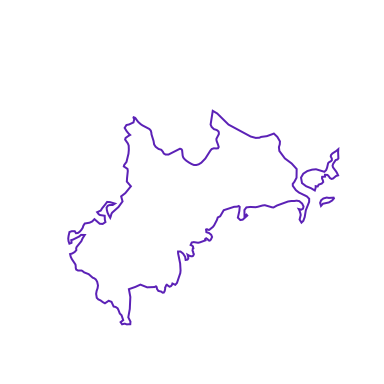 SVG path tracing the border of Yamaguchi, rotated 321°
{"feature_id": "JPN-1826", "entity_name": "Yamaguchi", "entity_type": "Prefecture", "adm_level": 1, "iso_a3": "JPN", "parent_name": "Japan", "parent_adm1": "", "projection": "robinson", "projection_center": [131.623, 34.219], "detail": "fine", "context": "isolated", "style": "outline", "palette": "violet", "viewbox_px": 384, "rotation_deg": 321, "n_neighbors": 0, "source": "natural_earth", "source_scale": "10m", "svg_char_len": 4750}
<svg xmlns="http://www.w3.org/2000/svg" viewBox="0 0 384 384"><g transform="rotate(321 192 192)"><path d="M292.4,198.1L293.0,202.9L292.2,208.0L290.2,210.2L287.8,211.8L285.7,215.1L285.3,224.3L287.4,232.6L287.8,240.0L282.2,246.7L278.0,248.5L275.4,249.1L274.2,250.7L273.9,256.0L274.8,259.8L278.5,267.7L278.8,271.0L276.8,273.4L269.0,277.8L263.8,282.4L260.3,284.5L257.8,284.7L258.3,281.1L262.0,278.3L262.6,277.3L263.9,274.1L264.2,272.4L265.8,274.5L267.8,274.8L269.6,273.4L270.3,270.3L269.6,266.6L267.9,264.6L265.7,263.3L263.7,261.6L260.6,259.8L249.6,256.0L245.6,255.3L244.6,254.3L240.3,248.1L238.4,246.9L233.6,244.8L231.8,243.8L227.9,240.3L224.6,238.2L221.4,239.0L217.6,243.8L220.1,243.8L220.1,245.1L214.0,245.4L211.9,244.2L211.5,240.8L216.8,236.6L219.7,233.6L219.5,232.3L217.9,231.8L215.4,230.0L205.2,226.1L198.6,228.6L196.0,228.0L193.8,229.4L188.3,231.8L186.3,232.3L181.6,232.3L180.8,231.6L180.2,230.3L179.3,230.0L177.9,232.3L179.4,234.6L180.0,237.3L179.3,239.6L176.8,240.8L175.6,241.0L174.8,240.7L174.5,240.0L174.4,238.6L173.9,236.9L172.8,236.8L171.9,237.4L171.9,238.0L166.4,236.1L164.8,235.3L161.8,232.0L160.0,231.1L157.6,232.3L158.4,234.0L158.5,234.9L157.6,236.6L157.1,236.4L155.4,238.0L155.2,239.3L154.6,240.0L154.6,240.8L154.2,241.6L152.7,242.3L151.5,242.0L150.4,240.8L149.6,239.3L149.1,238.0L148.2,240.1L147.2,241.4L145.9,241.7L144.3,240.8L145.9,238.0L146.3,234.2L145.6,231.0L143.7,229.5L142.6,230.9L137.8,240.1L133.7,245.8L131.8,247.7L123.1,253.2L120.6,253.6L119.2,250.8L117.9,251.6L116.4,251.9L115.0,251.5L114.5,250.1L114.1,248.2L113.3,248.2L112.1,248.9L110.9,249.4L110.6,249.9L109.6,250.9L108.2,251.9L106.7,252.4L105.8,251.7L105.4,250.0L103.6,247.7L103.8,245.3L104.7,243.6L104.6,242.6L103.1,242.3L97.2,237.9L93.6,231.5L88.2,230.1L81.8,227.8L78.0,234.8L70.0,243.8L63.6,249.3L62.6,254.0L60.8,255.9L57.9,253.7L56.9,252.0L54.4,250.8L54.6,248.2L57.9,248.3L59.7,243.4L59.4,241.0L60.4,238.0L61.0,235.6L60.3,233.3L59.0,231.7L60.3,226.7L58.8,224.1L54.3,223.7L53.4,221.5L52.7,218.7L51.6,216.5L51.4,214.3L53.4,210.8L55.7,208.8L58.0,207.4L60.1,205.5L61.8,202.1L62.2,199.4L61.7,197.5L60.9,196.1L60.0,190.8L57.6,186.6L57.1,184.3L56.7,183.5L54.0,181.3L53.2,179.4L53.9,177.8L55.0,176.4L55.8,175.0L56.4,168.5L57.0,166.0L58.2,163.5L60.2,164.4L63.0,164.8L65.5,164.4L66.6,162.8L67.8,162.1L75.0,160.6L77.7,159.2L81.6,157.9L78.8,155.5L76.3,155.6L69.6,154.1L67.9,153.4L66.8,155.2L66.3,155.7L64.2,155.0L65.1,152.5L66.6,150.2L68.5,148.4L71.6,146.0L73.9,146.8L76.2,148.7L75.9,151.0L77.4,152.0L79.7,152.2L82.2,151.8L84.6,151.0L86.4,149.8L88.8,149.0L93.1,151.4L95.9,152.1L99.1,151.7L100.3,158.6L102.5,160.6L105.8,160.9L106.9,158.6L109.2,155.5L106.0,152.0L105.5,150.6L105.6,148.0L109.4,149.0L111.9,148.1L116.7,147.1L119.8,146.3L121.9,148.3L124.8,152.5L122.2,152.2L119.5,150.1L117.8,149.7L115.8,150.4L114.5,152.4L113.4,154.8L112.7,157.5L112.2,160.6L113.4,159.9L115.6,158.3L116.9,157.8L125.4,157.4L132.1,155.6L134.2,150.8L139.5,150.9L148.1,149.1L147.9,142.9L150.2,140.4L155.4,135.2L156.4,133.4L155.1,129.2L156.4,128.3L160.0,127.4L166.7,122.3L169.4,119.5L172.0,116.1L172.7,113.9L173.0,109.2L174.4,108.2L177.9,108.4L179.8,108.7L179.5,106.9L179.5,103.5L180.0,99.8L183.2,98.7L185.6,99.9L190.3,101.1L192.9,99.1L193.3,97.4L193.7,97.2L194.4,98.4L194.5,99.2L194.3,102.0L194.3,103.8L194.8,107.0L195.4,109.0L198.5,116.2L198.6,118.3L197.8,120.2L196.8,121.7L194.2,128.2L192.5,131.2L192.2,134.0L193.1,137.5L194.7,139.9L194.7,142.3L194.3,144.3L195.0,146.2L197.3,148.1L209.9,150.8L210.7,152.1L210.6,153.3L207.6,157.9L206.9,159.7L206.9,161.8L207.3,164.2L208.2,167.2L209.3,170.0L210.4,172.1L212.3,173.7L214.6,174.7L217.7,175.1L223.4,174.4L232.3,171.4L234.3,171.0L236.5,171.8L238.3,173.5L239.8,174.4L241.1,173.8L242.0,171.6L243.2,168.0L243.8,166.8L244.5,166.0L249.3,163.9L250.1,162.9L250.7,161.7L250.4,159.9L249.8,158.7L248.6,157.0L248.2,153.8L248.9,151.3L259.2,142.0L261.0,146.8L262.8,162.6L272.5,185.8L275.6,190.1L278.5,192.2L280.4,192.7L285.3,195.7L291.1,197.7L292.4,198.1ZM291.8,265.3L291.0,266.3L290.1,267.0L288.4,268.1L286.9,264.0L284.3,259.3L283.1,254.3L285.8,249.4L290.0,247.8L294.8,248.3L299.4,250.2L302.7,252.4L307.6,259.6L310.0,259.4L312.3,258.1L315.9,255.3L317.0,255.1L319.6,255.5L320.7,255.3L321.7,254.0L322.2,251.7L323.2,250.8L325.3,250.4L329.9,250.9L332.6,250.8L330.6,253.0L326.9,258.0L325.5,258.3L323.8,257.6L319.5,258.9L317.8,260.0L317.1,261.6L316.9,266.8L316.6,268.8L316.0,271.0L314.0,270.2L310.1,270.3L308.7,269.7L308.0,267.9L308.2,265.9L308.0,264.0L306.2,262.3L305.1,263.8L302.7,262.1L301.6,263.2L301.0,265.4L300.3,266.8L298.1,267.1L295.1,266.0L293.1,266.8L291.8,265.3ZM293.2,281.1L294.7,282.8L298.5,285.5L298.3,286.3L295.6,286.8L291.9,286.3L286.3,283.5L283.5,284.0L284.7,281.1L287.1,279.7L290.0,279.7L293.2,281.1Z" fill="none" stroke="#5b21b6" stroke-width="2"/></g></svg>